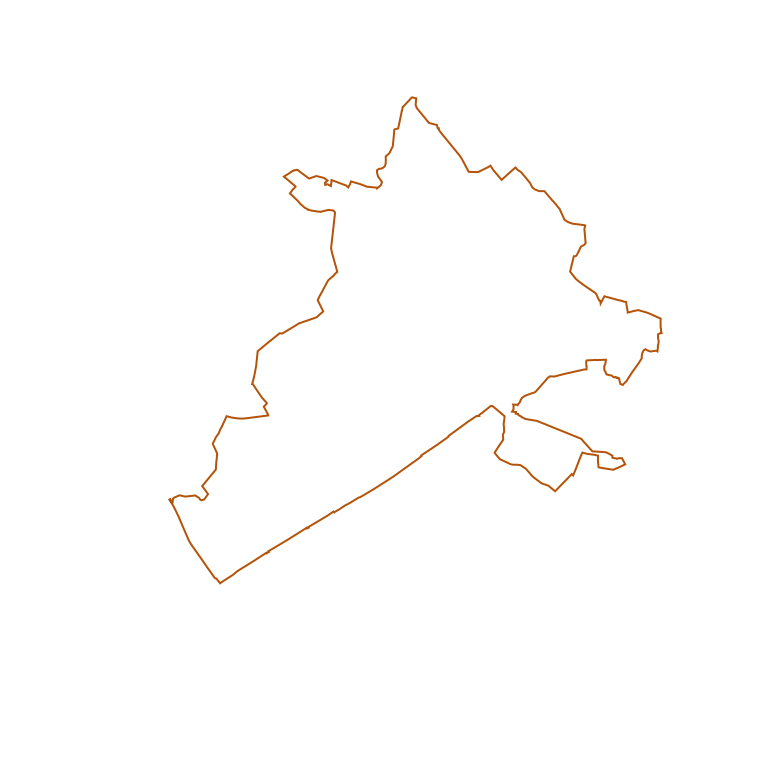 outline of Saldus pag., Saldus, Latvia, rotated 318°
{"feature_id": "27541924B25012386790133", "entity_name": "Saldus pag.", "entity_type": "district", "adm_level": 2, "iso_a3": "LVA", "parent_name": "Latvia", "parent_adm1": "Saldus", "projection": "albers", "projection_center": [22.463, 56.704], "detail": "fine", "context": "isolated", "style": "outline", "palette": "amber", "viewbox_px": 768, "rotation_deg": 318, "n_neighbors": 0, "source": "geoboundaries", "source_scale": "gbopen_adm2", "svg_char_len": 6118}
<svg xmlns="http://www.w3.org/2000/svg" viewBox="0 0 768 768"><g transform="rotate(318 384 384)"><path d="M465.0,177.4L462.9,166.8L460.4,165.2L460.3,165.4L459.5,164.9L458.5,164.5L454.0,163.9L448.4,162.9L449.2,168.8L450.5,178.0L450.3,178.1L447.5,178.4L446.7,178.4L441.6,179.4L441.7,180.4L442.5,190.4L442.3,194.2L442.5,195.1L442.9,199.2L443.4,201.0L444.4,203.6L444.2,203.7L446.0,206.4L449.7,211.0L451.9,213.4L451.9,213.5L459.1,217.4L462.5,221.2L462.4,223.8L435.5,247.7L432.8,252.4L425.9,266.3L424.3,269.4L420.4,269.4L419.7,269.7L412.1,269.6L411.6,269.7L402.0,273.1L401.5,273.4L394.9,275.6L390.8,277.4L387.4,289.4L378.4,289.3L361.5,282.1L355.9,281.1L342.1,278.4L340.5,276.5L326.5,275.7L312.1,275.1L301.1,285.0L293.0,291.2L286.0,295.8L286.5,296.3L286.2,297.9L285.1,305.6L284.2,312.2L284.2,319.6L284.0,320.0L283.3,320.2L279.5,320.4L277.5,328.7L276.9,329.9L273.1,327.3L261.0,318.9L257.3,316.3L254.5,314.0L251.4,310.7L248.0,306.5L245.5,302.6L235.2,307.1L232.1,308.1L228.3,310.0L223.1,311.2L221.1,312.1L216.9,313.7L216.7,313.8L213.6,323.8L213.2,324.3L212.9,324.6L211.9,325.5L209.6,327.7L208.3,328.7L201.7,335.1L194.7,336.1L180.6,338.2L179.6,348.1L173.1,349.5L170.5,348.2L170.0,346.9L170.4,345.3L169.2,340.6L161.0,334.7L157.6,329.9L151.6,327.9L150.6,328.0L147.2,330.8L148.1,326.4L147.1,326.3L146.0,333.1L144.5,338.7L142.4,345.8L140.9,350.0L134.8,368.1L134.2,369.9L133.6,372.8L133.1,376.2L131.1,393.1L131.0,393.6L130.4,398.4L129.8,403.2L128.4,415.3L128.8,415.8L129.2,416.2L128.9,422.5L130.1,422.5L144.4,424.8L149.6,424.9L170.7,428.7L171.1,428.7L183.6,430.7L183.5,431.3L186.1,431.8L186.2,430.9L207.1,435.1L230.2,439.1L230.0,439.8L231.9,440.4L232.2,439.7L253.3,443.9L261.1,445.0L261.1,445.7L261.1,446.1L261.3,446.1L265.6,446.9L266.5,447.2L273.4,448.1L276.9,449.1L282.3,450.2L289.0,451.4L290.4,452.1L294.0,452.9L305.1,455.1L325.5,458.5L329.5,459.1L359.0,462.4L363.5,462.7L363.8,462.0L367.5,462.5L383.0,464.8L396.6,466.3L397.2,465.8L421.8,468.3L431.3,469.7L433.0,471.1L433.0,470.7L437.8,471.1L448.9,471.8L449.6,472.7L450.0,473.5L450.1,474.2L451.0,480.7L451.3,483.0L452.0,488.0L452.0,488.6L450.3,490.3L446.1,493.8L443.8,497.0L441.1,500.1L439.4,500.7L437.7,501.9L436.7,503.5L435.2,505.2L427.8,507.0L420.3,509.0L420.1,509.4L419.8,517.4L424.4,528.2L425.0,529.2L426.2,530.6L429.2,533.4L431.1,535.6L432.7,541.9L432.7,546.1L432.5,552.2L434.6,563.2L438.1,569.5L439.4,578.2L463.3,576.6L463.4,578.5L470.9,574.9L475.7,572.4L481.9,569.3L485.5,567.7L488.4,572.1L492.5,576.8L495.1,580.4L491.7,584.1L489.8,586.5L489.7,586.9L487.8,589.2L487.7,589.6L493.7,597.1L496.4,600.4L496.6,600.6L496.8,601.1L499.6,602.0L502.7,603.1L506.8,604.3L509.4,605.1L510.0,603.1L511.2,598.4L510.2,597.5L510.2,597.4L508.2,595.8L507.4,595.6L507.0,595.4L506.7,594.7L504.4,591.6L505.6,590.3L505.7,590.0L505.7,589.8L503.5,583.6L500.7,580.5L493.8,573.5L493.8,565.2L493.8,562.0L493.7,561.4L494.0,556.9L473.1,514.0L472.1,512.6L470.6,510.8L465.8,504.8L464.1,500.6L464.3,500.3L463.4,497.9L463.4,497.7L463.1,496.6L463.6,496.0L462.0,494.2L463.4,493.1L460.7,490.3L463.4,489.4L466.1,486.3L466.3,485.8L466.6,486.2L469.2,488.6L469.3,488.8L469.3,489.1L470.5,488.6L471.2,488.7L472.1,488.6L472.5,488.5L475.4,487.2L477.4,486.6L480.8,487.1L487.9,489.9L489.8,490.9L491.0,491.1L492.4,491.1L508.8,489.2L509.3,489.0L512.4,489.3L515.7,492.5L524.2,496.9L537.0,504.1L542.5,507.2L544.1,508.6L544.4,508.5L545.3,507.6L546.6,506.2L546.5,505.8L546.7,505.6L547.1,505.2L548.5,503.4L549.6,502.4L550.2,502.1L550.6,502.2L554.7,505.6L557.0,507.4L557.6,507.9L557.7,508.3L558.2,508.6L562.8,512.5L563.2,512.8L565.1,514.4L564.4,515.2L561.9,517.1L559.4,518.3L557.5,520.6L556.9,521.5L556.8,522.8L556.2,524.4L556.1,525.1L555.9,525.3L555.9,526.1L556.8,527.0L557.0,527.8L558.5,529.5L558.9,530.3L559.1,532.2L559.6,533.2L560.1,533.3L560.8,533.7L561.0,534.1L560.8,534.3L560.8,535.0L561.3,535.8L562.0,535.8L562.4,536.5L562.4,537.1L562.0,537.5L562.0,537.9L561.5,538.7L560.8,540.0L559.7,542.2L560.8,544.5L561.2,544.3L566.7,544.1L567.8,543.6L573.0,542.2L576.9,541.2L587.7,538.8L592.9,537.3L593.9,536.0L596.2,534.1L597.5,533.5L599.5,532.7L601.5,533.0L601.8,534.3L603.5,537.8L603.7,538.1L608.6,541.4L609.0,542.7L611.8,540.4L612.7,539.2L613.7,538.4L614.4,538.0L616.3,536.5L617.1,535.6L617.6,534.5L618.6,532.9L620.0,531.4L620.6,530.8L621.4,530.4L622.6,530.9L624.4,531.9L625.4,529.9L626.2,529.1L627.0,528.0L627.4,527.1L628.5,525.9L630.0,524.1L632.5,521.4L633.4,520.6L627.6,507.6L622.5,499.4L619.4,497.4L612.9,494.0L613.6,493.2L616.0,489.3L618.8,485.1L617.4,483.3L616.8,482.0L614.0,478.0L606.5,466.3L598.9,469.1L600.4,467.0L600.0,466.7L599.8,466.2L600.4,463.9L601.9,459.2L601.9,457.6L598.7,444.5L597.5,438.4L597.0,435.3L596.9,434.2L596.9,432.8L597.0,432.8L597.5,425.0L610.5,416.1L610.9,416.5L612.3,417.3L613.7,417.2L622.2,413.7L626.0,414.6L628.2,414.1L636.8,402.7L639.6,400.9L639.4,400.3L633.4,393.3L631.3,390.9L629.1,386.8L628.5,384.4L628.0,382.9L631.4,372.1L631.7,371.4L631.7,371.2L631.7,369.1L631.8,366.7L632.0,365.4L631.9,364.3L631.9,363.8L632.0,362.5L632.0,361.1L631.9,359.6L632.0,357.3L632.1,351.4L632.2,349.3L632.3,348.3L632.2,348.0L628.4,344.5L628.3,344.4L627.9,343.6L626.3,340.3L626.2,339.9L625.8,336.9L627.0,332.6L627.3,326.9L627.6,318.5L627.5,317.9L626.5,314.1L626.5,313.8L626.6,311.2L626.2,311.0L608.0,311.0L608.4,297.9L608.8,295.4L609.2,293.0L606.4,292.5L595.7,289.5L588.9,283.0L592.6,268.4L592.8,266.7L593.1,264.3L593.6,253.3L593.9,247.1L594.3,238.1L594.6,233.2L595.1,231.8L595.8,230.5L595.0,230.0L596.6,226.9L592.1,220.1L593.0,200.9L594.2,197.8L599.1,193.3L596.7,189.8L596.1,189.7L595.9,189.6L595.7,189.7L583.3,190.8L583.2,190.7L580.5,192.7L580.3,192.7L573.2,198.0L565.6,203.5L565.2,203.5L562.4,201.9L561.9,201.9L561.6,202.1L557.2,206.3L549.6,213.2L542.4,216.1L537.6,216.0L535.3,218.7L532.4,221.6L531.1,222.3L530.1,222.7L528.0,222.7L525.9,222.1L524.4,220.7L521.8,220.5L520.3,222.2L518.4,225.8L517.7,232.5L515.1,234.0L512.7,234.2L510.5,233.9L510.2,233.9L510.4,233.7L503.3,225.9L500.1,219.6L495.0,211.4L492.5,212.8L489.0,214.0L488.7,211.2L481.5,197.4L477.0,201.4L475.6,197.6L473.5,196.7L474.7,194.9L478.1,195.1L477.3,190.7L472.9,184.2L465.8,181.2L465.0,177.4Z" fill="none" stroke="#b45309" stroke-width="2"/></g></svg>